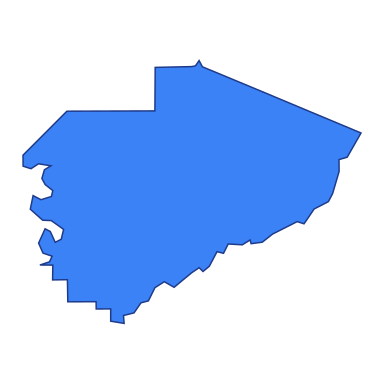 outline of Yazoo, Mississippi, United States of America
{"feature_id": "52423323B4494633873446", "entity_name": "Yazoo", "entity_type": "district", "adm_level": 2, "iso_a3": "USA", "parent_name": "United States of America", "parent_adm1": "Mississippi", "projection": "mercator", "projection_center": [-90.462, 32.763], "detail": "fine", "context": "isolated", "style": "filled", "palette": "blue", "viewbox_px": 384, "rotation_deg": 0, "n_neighbors": 0, "source": "geoboundaries", "source_scale": "gbopen_adm2", "svg_char_len": 980}
<svg xmlns="http://www.w3.org/2000/svg" viewBox="0 0 384 384"><path d="M361.0,133.0L274.0,96.6L272.4,95.9L202.4,66.8L199.1,60.6L195.4,65.9L191.5,66.6L155.2,67.4L154.9,110.9L66.9,111.2L23.0,155.2L23.1,166.2L31.0,168.7L38.5,163.8L50.9,165.8L44.4,169.8L41.9,178.5L45.2,184.6L52.8,190.6L51.4,196.5L41.0,199.7L33.1,195.6L30.3,209.2L42.6,220.2L51.3,220.6L63.6,229.4L61.2,239.3L55.2,242.3L50.3,231.5L45.1,228.8L38.6,243.1L43.0,253.1L52.1,256.2L49.5,261.8L39.9,265.0L52.8,265.1L52.6,279.9L67.4,279.7L67.5,284.6L67.8,301.8L96.1,301.7L96.2,309.0L110.7,308.9L110.7,321.2L124.1,323.4L123.5,315.5L134.0,312.9L141.0,302.8L148.4,300.9L154.9,287.7L164.3,281.7L174.1,287.3L191.6,272.8L199.1,267.7L203.0,271.5L209.3,266.3L217.0,251.7L223.5,253.3L228.2,244.0L242.3,244.8L250.1,240.0L251.1,243.7L262.3,242.2L272.5,234.1L297.2,221.6L304.0,223.8L306.6,220.1L314.1,209.0L328.4,201.6L332.6,193.6L339.1,171.5L339.0,159.6L347.2,157.2L361.0,133.0Z" fill="#3b82f6" stroke="#1e3a8a" stroke-width="1.5"/></svg>